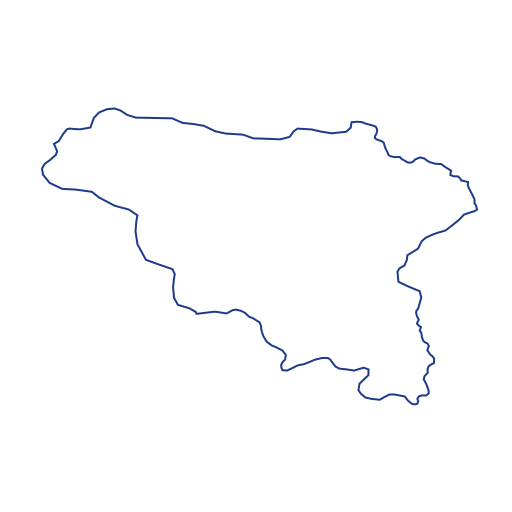 Keningau, Sabah, Malaysia, rotated 93°
{"feature_id": "92858781B15741059593966", "entity_name": "Keningau", "entity_type": "district", "adm_level": 2, "iso_a3": "MYS", "parent_name": "Malaysia", "parent_adm1": "Sabah", "projection": "equal_earth", "projection_center": [116.308, 5.235], "detail": "fine", "context": "isolated", "style": "outline", "palette": "blue", "viewbox_px": 512, "rotation_deg": 93, "n_neighbors": 0, "source": "geoboundaries", "source_scale": "gbopen_adm2", "svg_char_len": 2887}
<svg xmlns="http://www.w3.org/2000/svg" viewBox="0 0 512 512"><g transform="rotate(93 256 256)"><path d="M154.6,463.6L161.8,460.1L165.4,461.1L171.1,466.9L174.9,471.7L179.7,474.3L185.9,473.0L193.8,465.9L199.1,453.1L199.1,439.3L200.5,423.2L205.8,415.8L213.2,399.8L216.3,385.3L221.6,376.6L227.6,377.3L237.6,377.6L250.5,375.0L265.6,365.7L269.0,354.5L273.5,338.8L278.3,336.2L284.0,336.8L291.7,337.2L302.2,335.6L308.9,331.4L311.8,319.5L315.1,313.1L316.9,312.3L313.9,295.4L313.9,291.9L314.9,282.6L313.5,280.0L311.3,276.5L310.6,273.3L311.5,268.2L313.2,264.3L317.1,259.5L318.2,256.0L322.1,248.9L325.7,247.3L328.5,247.0L331.9,246.0L335.7,244.4L341.0,240.9L344.6,235.4L345.8,231.9L348.9,224.8L353.2,221.0L358.0,221.6L360.6,223.9L363.5,225.2L366.1,224.8L368.7,223.6L368.7,218.7L366.6,214.9L363.0,208.5L361.5,202.4L359.1,197.2L356.5,191.8L354.4,184.7L354.1,179.0L355.2,176.8L362.3,170.8L364.1,166.8L364.5,159.3L365.3,152.2L361.9,142.6L363.4,137.7L369.1,137.5L378.0,145.9L384.4,146.7L387.9,144.2L391.6,139.3L392.6,133.6L393.1,125.0L390.2,120.4L387.4,115.7L387.0,110.8L388.5,100.1L392.5,96.6L395.4,92.7L395.9,89.9L395.1,87.2L392.5,86.4L390.3,87.4L387.7,86.0L386.5,83.1L386.5,80.0L386.2,78.6L384.2,76.3L381.6,76.5L379.0,77.5L376.7,78.4L373.2,80.2L370.4,82.1L367.2,81.4L363.6,78.4L360.3,78.8L357.4,78.0L355.7,76.3L353.5,72.6L350.9,72.7L349.0,72.8L347.0,74.5L345.2,76.9L341.1,80.0L339.5,79.6L336.8,78.6L334.3,80.2L333.2,83.1L331.6,84.7L328.5,86.0L326.4,86.4L323.9,87.0L322.1,88.6L320.5,88.2L318.4,87.6L316.9,89.9L315.3,91.7L313.2,91.1L311.2,90.1L307.7,92.1L304.6,93.1L302.0,92.9L300.0,91.3L288.9,88.8L282.6,90.7L278.1,103.4L274.3,112.4L264.5,113.9L260.9,112.2L257.8,107.3L252.3,105.2L247.2,104.8L240.2,94.6L232.5,91.3L228.7,87.2L225.6,81.2L223.4,76.1L220.6,68.1L214.8,61.3L210.0,56.0L206.2,52.5L203.8,50.5L201.3,44.3L199.9,40.4L198.1,37.7L193.8,39.0L192.0,40.6L190.1,40.6L187.7,40.8L185.1,42.3L181.9,44.1L179.3,45.7L176.2,47.4L174.1,48.2L171.0,48.2L170.4,51.3L169.8,55.0L168.3,55.8L166.0,58.3L166.0,62.8L165.0,66.1L163.5,66.1L160.6,65.6L157.4,71.4L154.5,75.9L154.5,81.4L153.2,87.4L151.6,90.5L149.9,92.7L149.0,97.4L151.3,102.2L153.1,103.6L154.5,105.5L154.8,109.1L151.4,115.7L149.6,117.6L150.0,122.9L149.3,127.0L148.2,128.9L146.0,129.9L142.2,132.1L139.6,133.2L136.1,134.4L134.9,136.2L134.3,137.9L133.3,141.6L131.8,143.6L130.1,143.4L127.7,142.2L125.1,141.6L122.8,141.8L120.6,143.2L119.6,146.3L118.8,150.0L118.0,153.7L116.8,157.0L116.6,161.7L117.4,167.6L122.8,168.1L127.2,172.4L129.5,186.7L128.4,197.2L126.7,207.1L126.6,221.2L129.5,224.9L135.3,228.6L138.2,237.9L138.5,258.6L138.7,264.8L135.5,275.2L135.3,292.7L133.6,303.2L128.7,314.9L127.5,325.2L126.9,336.5L122.9,346.9L124.1,383.3L121.8,392.1L117.8,398.9L116.1,404.9L117.2,412.5L120.9,420.3L126.7,425.2L136.4,428.1L138.7,438.2L138.7,444.3L138.5,448.8L139.4,451.5L144.3,455.0L151.5,458.9L154.6,463.6Z" fill="none" stroke="#1e3a8a" stroke-width="2"/></g></svg>